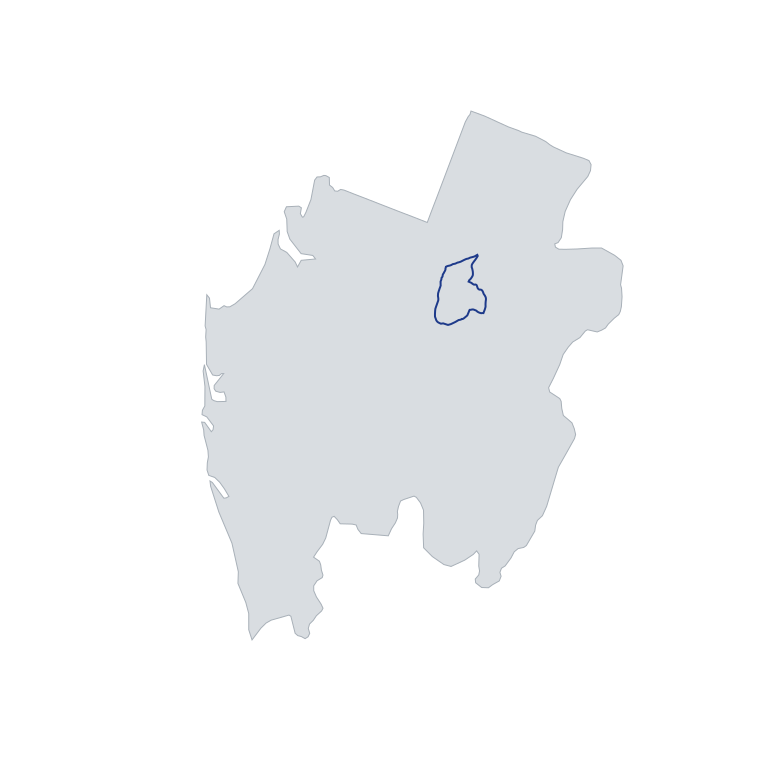 location of Mvoung, Ogooué-Ivindo, Gabon, rotated 21°
{"feature_id": "22940354B15845982668686", "entity_name": "Mvoung", "entity_type": "district", "adm_level": 2, "iso_a3": "GAB", "parent_name": "Gabon", "parent_adm1": "Ogooué-Ivindo", "projection": "equal_earth", "projection_center": [12.149, 0.446], "detail": "fine", "context": "in_parent", "style": "outline", "palette": "blue", "viewbox_px": 768, "rotation_deg": 21, "n_neighbors": 0, "source": "geoboundaries", "source_scale": "gbopen_adm2", "svg_char_len": 5320}
<svg xmlns="http://www.w3.org/2000/svg" viewBox="0 0 768 768"><g transform="rotate(21 384 384)"><path d="M500.3,110.8L499.9,117.2L494.5,133.0L492.0,145.1L491.3,158.0L492.8,168.4L495.4,175.8L497.1,183.9L495.8,189.6L493.2,192.0L495.0,194.8L499.0,195.5L505.7,193.0L516.0,188.7L529.5,182.5L538.4,179.1L553.1,181.2L560.9,183.6L564.9,188.0L569.3,206.6L571.4,209.4L575.0,217.3L577.9,226.8L578.6,231.6L578.3,235.0L575.3,240.2L571.9,247.7L570.7,252.3L567.9,255.7L564.4,259.0L554.6,260.4L553.0,262.3L550.3,270.4L545.1,277.2L542.8,283.6L540.7,292.2L541.1,302.8L540.1,318.1L539.0,328.5L541.6,332.1L553.3,334.6L555.6,336.7L558.7,343.1L562.7,349.1L573.4,352.9L577.6,357.5L581.0,362.5L581.4,366.7L579.0,383.3L576.6,399.2L577.5,411.4L578.4,423.0L579.7,439.9L579.1,450.2L576.1,456.4L576.1,461.4L577.5,467.3L574.8,483.8L573.0,486.5L568.2,489.6L565.7,494.0L564.9,500.9L562.3,510.4L559.7,513.9L559.7,518.3L562.2,521.5L562.2,526.5L557.4,532.3L554.5,536.8L548.1,539.0L540.8,536.7L539.1,533.4L540.9,528.3L540.2,524.3L537.7,520.0L533.8,508.9L530.3,506.6L528.4,511.1L522.5,519.5L512.0,530.3L504.6,531.1L491.0,527.8L479.7,522.7L474.3,510.1L471.0,499.7L466.1,487.6L460.7,481.9L454.8,478.2L452.2,477.9L443.9,484.7L441.4,487.3L441.4,493.0L442.2,498.3L443.5,500.8L444.6,504.2L444.4,509.5L442.9,516.5L442.4,524.2L416.3,531.8L411.8,529.1L408.5,525.6L404.5,526.2L393.2,530.2L389.1,527.4L384.9,525.4L383.1,527.1L382.9,530.4L384.8,548.7L384.2,555.6L381.6,564.7L380.3,570.9L387.2,572.6L389.7,575.5L392.2,580.1L395.5,584.3L395.7,586.9L392.0,591.7L390.7,597.6L392.5,602.2L397.2,607.0L404.1,612.0L407.4,615.2L407.1,618.2L403.9,624.6L402.7,629.9L400.5,634.8L400.9,639.3L404.0,643.4L403.7,647.2L401.6,650.0L397.3,649.4L393.7,649.8L390.4,648.6L380.3,634.2L378.1,633.8L363.3,644.9L359.6,649.4L356.6,656.0L352.5,670.2L345.8,661.9L340.0,646.8L333.3,637.5L319.1,622.5L315.3,611.5L299.1,587.1L275.7,562.7L258.8,541.6L256.3,536.9L259.1,537.5L275.4,548.0L277.6,546.8L279.5,544.5L272.5,539.0L265.8,534.6L259.5,531.9L253.2,532.1L249.6,527.7L247.3,520.9L246.2,515.0L243.4,509.0L234.4,496.4L232.2,491.6L227.4,484.9L230.3,484.1L239.9,490.4L240.8,487.9L239.9,484.2L230.3,478.2L225.1,477.8L223.9,473.6L224.6,468.7L217.7,450.4L210.5,436.7L209.4,430.3L228.7,460.0L231.3,460.5L234.7,460.2L242.7,456.9L241.1,452.9L237.5,448.7L234.0,450.6L229.5,451.0L227.1,449.3L226.0,446.2L230.6,431.7L228.6,432.5L227.2,435.0L224.7,436.3L220.8,437.0L211.3,429.3L202.9,408.4L200.7,404.1L198.4,396.9L196.2,393.9L186.6,364.2L190.3,366.4L194.7,375.0L203.2,373.2L206.6,368.2L209.5,368.4L212.4,367.2L216.2,362.5L227.1,342.1L230.0,315.1L229.1,299.1L227.5,283.2L231.1,278.1L232.6,281.5L233.3,287.1L235.0,291.3L238.9,295.0L246.1,296.0L257.3,301.9L261.3,305.7L262.4,298.2L275.3,291.8L271.4,289.5L259.9,292.0L244.2,282.5L239.0,276.4L234.1,264.9L229.1,258.9L229.4,253.5L240.7,248.5L243.7,249.1L244.9,255.0L248.0,257.5L249.1,256.7L249.6,251.6L249.7,238.0L246.2,218.5L247.3,214.7L250.4,213.4L253.1,210.8L255.0,210.3L258.9,210.8L260.8,215.3L261.8,217.8L265.7,219.0L268.8,221.4L271.6,220.7L273.8,217.9L277.2,217.3L287.4,217.4L296.8,217.4L315.3,217.5L333.9,217.6L352.5,217.6L366.5,217.7L366.4,206.6L366.4,189.4L366.3,169.0L366.2,149.5L366.1,131.5L366.0,110.2L366.8,104.1L367.7,101.6L367.4,98.0L381.8,97.8L407.8,99.4L419.1,99.2L422.4,99.5L436.6,98.4L448.1,99.7L453.0,101.2L457.4,102.0L471.2,102.9L489.2,101.8L495.3,102.0L498.7,105.0L500.3,110.8Z" fill="#d9dde1" stroke="#a8b0b8" stroke-width="1"/><path d="M424.8,230.0L424.2,230.7L423.3,231.9L422.4,232.8L421.1,233.8L419.2,235.1L417.8,236.6L416.9,237.2L416.1,237.7L414.6,239.2L411.7,242.4L410.1,243.7L409.0,244.4L408.1,245.4L407.4,246.1L406.3,246.8L405.2,247.5L404.2,248.8L402.9,249.9L401.6,250.7L400.3,251.8L399.8,252.4L399.9,253.0L400.0,254.2L400.3,254.9L400.4,255.8L400.3,257.0L400.1,258.1L400.0,259.2L399.8,260.0L399.7,260.8L399.8,261.4L400.0,262.1L400.1,262.8L400.0,263.4L399.7,264.0L399.8,264.8L400.0,265.4L400.1,266.2L400.1,267.5L400.1,267.8L400.2,268.5L400.6,269.2L401.0,270.4L401.6,271.7L401.7,273.4L401.7,275.1L401.8,276.4L401.8,277.3L401.9,278.5L402.0,279.9L402.4,281.2L402.8,282.5L403.7,284.0L404.3,285.2L404.7,286.6L404.9,293.1L405.0,295.4L405.5,297.3L406.3,299.8L406.8,301.2L407.5,302.9L408.8,304.4L410.0,305.8L411.0,306.5L412.2,307.0L413.7,307.2L415.5,307.3L416.6,306.7L417.5,306.2L419.4,306.1L421.4,306.0L422.6,305.9L423.7,305.1L425.1,304.0L428.4,300.5L430.8,297.5L431.7,297.0L432.7,296.3L433.3,295.4L434.1,295.2L435.0,294.1L436.8,290.9L437.2,290.0L437.3,286.7L437.3,284.9L437.4,284.1L438.5,283.6L439.0,283.2L440.3,282.5L441.3,282.4L443.5,282.4L444.4,282.6L444.9,282.9L446.5,283.2L448.2,283.2L449.3,283.1L450.4,282.5L451.4,282.2L451.4,278.2L451.2,276.0L451.0,275.1L450.4,273.7L449.8,272.0L449.2,269.9L449.0,268.9L448.5,267.6L447.8,266.5L447.2,266.0L446.4,265.2L445.5,264.7L444.5,263.9L443.8,263.0L442.8,262.0L441.6,261.3L440.7,261.2L439.9,261.4L439.3,261.7L438.3,261.6L437.2,261.0L436.4,260.1L435.7,259.2L435.0,258.5L434.1,258.3L433.6,258.4L432.7,258.9L432.1,259.0L430.5,258.7L429.6,258.3L428.2,258.2L426.3,258.1L426.4,256.5L427.0,255.3L427.4,254.2L427.6,253.2L427.9,251.9L427.9,250.4L427.3,248.7L426.6,247.2L425.8,245.9L424.8,244.4L424.1,243.7L423.6,242.5L423.3,241.5L423.4,240.0L423.8,238.4L424.2,236.9L424.6,235.7L425.0,234.0L425.3,232.8L425.5,231.7L425.6,230.9L425.2,230.4L424.8,230.0Z" fill="none" stroke="#1e3a8a" stroke-width="2"/></g></svg>